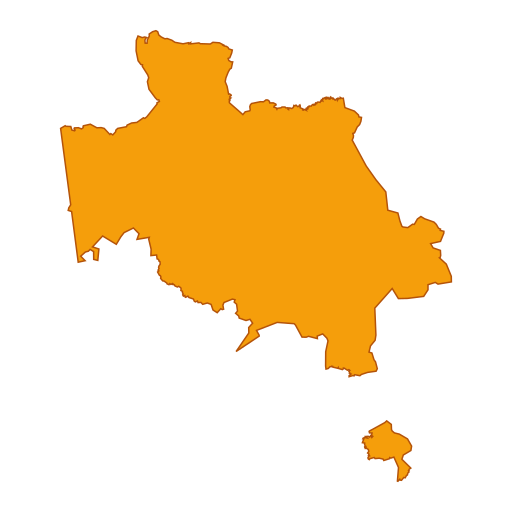 Lažas pag., Aizputes, Latvia
{"feature_id": "27541924B50720776256607", "entity_name": "Lažas pag.", "entity_type": "district", "adm_level": 2, "iso_a3": "LVA", "parent_name": "Latvia", "parent_adm1": "Aizputes", "projection": "orthographic", "projection_center": [21.55, 56.777], "detail": "fine", "context": "isolated", "style": "filled", "palette": "amber", "viewbox_px": 512, "rotation_deg": 0, "n_neighbors": 0, "source": "geoboundaries", "source_scale": "gbopen_adm2", "svg_char_len": 5998}
<svg xmlns="http://www.w3.org/2000/svg" viewBox="0 0 512 512"><path d="M60.6,128.4L70.7,204.8L68.8,207.8L68.2,210.4L71.6,211.5L78.2,262.2L85.1,260.7L80.7,256.2L85.4,252.0L88.4,251.2L90.1,249.4L93.6,251.6L93.7,259.4L97.8,260.4L98.9,249.0L92.5,246.9L102.6,236.0L116.3,244.3L120.9,236.7L124.1,232.6L133.4,228.0L139.0,233.7L137.0,239.4L149.3,237.3L148.7,239.1L151.1,249.2L150.9,255.6L156.6,255.0L157.1,258.9L158.1,259.2L159.0,260.4L158.9,261.0L160.0,261.7L160.2,264.2L158.9,266.1L158.6,267.5L159.0,268.4L158.1,270.1L158.2,270.8L158.7,271.0L157.6,272.0L159.5,275.4L160.4,275.6L160.9,277.0L160.6,278.4L162.7,280.9L164.1,281.1L166.8,283.0L167.0,283.8L169.0,284.7L169.8,283.6L170.8,284.4L172.6,283.5L173.1,284.0L172.8,284.5L174.4,284.8L174.9,285.9L177.4,287.0L178.7,286.3L180.7,287.7L181.1,288.7L180.9,290.5L182.4,291.3L182.5,292.8L183.2,294.0L182.7,294.8L183.4,296.1L184.8,295.5L185.1,297.0L185.6,297.3L187.9,296.1L188.9,297.5L193.4,299.0L194.3,301.2L195.4,301.9L197.4,301.0L198.1,302.6L200.9,302.4L202.7,304.3L207.3,303.0L211.1,304.4L213.0,310.0L217.2,312.7L220.8,308.7L222.2,309.6L223.6,309.2L222.9,305.1L224.0,302.5L232.4,299.1L235.0,299.7L234.2,302.1L236.6,304.2L237.5,311.1L235.6,313.3L238.7,316.0L239.2,318.1L246.0,320.5L250.0,319.3L252.6,323.2L248.7,327.5L248.8,333.0L236.1,351.5L259.2,336.1L259.1,335.1L256.5,330.4L277.2,322.4L294.2,323.7L295.5,325.1L302.0,337.1L306.2,337.2L308.5,336.3L317.4,338.6L317.2,336.1L322.7,333.9L326.9,338.2L328.0,340.9L325.7,351.7L325.6,366.1L326.0,369.1L328.2,368.5L330.0,366.7L331.4,366.7L331.7,366.2L332.7,366.4L332.8,367.1L337.8,368.3L338.3,367.5L338.6,368.5L342.4,369.6L343.5,368.7L343.4,368.1L344.1,368.1L347.4,370.2L348.9,369.6L349.8,370.4L348.9,371.3L349.7,372.7L349.4,373.2L351.0,374.0L349.1,375.6L349.1,376.7L353.1,375.5L354.0,375.9L354.7,374.7L359.9,375.7L361.5,374.4L367.6,372.4L376.1,371.2L377.3,368.7L375.5,361.8L374.0,359.8L371.9,353.0L369.0,352.1L370.5,345.9L375.1,340.3L375.9,335.1L374.8,308.1L392.2,288.5L398.4,298.6L407.5,298.4L423.7,296.4L428.0,289.8L428.0,284.7L435.3,282.4L438.0,284.1L451.4,281.9L451.3,276.3L446.3,264.1L439.4,257.8L440.2,257.4L440.7,255.4L440.4,250.4L433.1,247.9L430.6,243.6L440.5,241.4L443.8,233.2L443.9,231.3L440.2,230.4L440.5,229.1L438.5,228.2L436.3,224.4L434.0,222.1L424.7,218.8L420.9,216.5L417.4,219.0L414.3,224.4L412.6,224.2L407.8,227.6L403.0,227.0L401.9,226.3L399.9,220.9L397.9,213.0L387.8,210.2L385.8,191.9L375.8,179.6L366.2,166.0L352.2,140.1L353.3,137.5L353.5,135.7L352.8,133.4L354.5,132.9L357.2,127.0L359.6,124.6L360.9,121.3L361.5,117.4L358.9,116.9L358.5,115.0L354.4,111.1L344.9,107.6L343.3,98.2L341.9,98.4L340.2,97.4L340.1,98.6L338.6,98.5L337.7,99.9L337.7,98.3L336.3,99.0L335.8,100.1L334.9,100.0L333.3,98.3L332.9,98.9L332.2,97.9L331.3,98.2L330.7,96.9L330.1,97.4L330.2,98.4L329.6,98.4L329.7,99.1L328.2,98.7L328.5,98.0L328.1,97.5L326.9,98.4L327.1,97.4L326.7,97.2L325.8,97.4L326.2,98.2L325.7,98.8L325.1,97.8L324.1,97.9L323.7,98.8L322.7,98.5L322.3,99.8L322.6,100.7L321.5,100.0L321.5,101.1L320.6,101.0L320.1,102.4L317.9,102.0L317.0,102.5L316.8,103.3L315.6,102.9L315.3,103.8L315.6,104.5L314.8,105.0L314.4,104.4L313.6,105.0L313.4,104.4L312.4,104.6L311.3,106.1L309.2,106.0L309.2,106.7L308.0,106.8L308.1,107.3L306.6,108.1L307.9,108.5L307.7,109.1L306.2,109.2L305.8,109.6L306.2,110.3L304.4,109.5L303.2,110.2L302.7,109.9L303.0,109.0L300.1,107.7L300.3,106.0L299.9,104.9L299.3,105.3L299.5,106.0L297.7,106.7L296.0,105.1L295.0,105.9L293.9,105.4L293.3,107.5L291.8,108.5L289.7,107.9L288.6,108.7L288.6,109.6L288.0,109.3L288.0,107.8L285.9,107.9L285.0,107.0L282.0,107.0L281.0,107.8L277.3,108.3L276.9,109.2L276.2,107.9L273.9,107.1L274.2,106.1L276.1,104.9L275.8,104.1L273.4,102.9L269.7,102.9L269.4,101.3L267.8,100.0L266.0,99.9L263.5,101.8L260.4,101.7L251.6,103.5L250.4,104.8L249.8,106.6L250.2,109.9L249.8,110.8L245.2,111.8L242.9,114.6L229.5,102.9L229.2,101.8L229.9,100.5L229.3,100.0L229.8,99.5L229.4,99.1L230.8,98.0L229.9,97.7L229.9,96.4L231.2,95.5L230.9,94.7L229.5,93.9L228.6,94.1L227.1,86.4L225.2,81.7L225.9,77.9L228.2,72.1L229.8,69.2L231.3,68.2L232.7,61.9L231.0,61.8L228.8,60.5L228.1,58.4L229.8,57.8L231.7,53.0L232.3,50.0L228.8,48.9L228.1,47.5L226.5,46.4L224.2,45.9L223.1,45.3L223.6,45.0L219.4,42.8L212.9,42.3L210.3,44.0L200.3,43.7L199.0,42.9L190.3,43.9L190.6,42.6L188.7,43.7L188.6,42.7L183.0,43.8L174.9,42.3L171.8,40.2L167.1,38.5L164.9,38.8L161.3,37.0L158.8,35.0L157.7,31.7L155.9,30.7L152.6,31.7L149.2,34.0L149.3,36.1L147.3,39.8L147.1,43.2L145.2,43.2L144.9,40.7L145.2,39.2L146.6,37.5L144.7,37.0L142.2,37.6L138.0,36.0L136.3,40.4L136.1,50.9L138.1,60.8L140.9,64.5L142.5,64.8L142.3,66.3L147.8,75.0L148.7,77.7L147.4,81.7L149.0,89.3L155.3,97.8L157.3,99.9L158.8,99.8L159.4,101.4L156.9,102.9L157.1,104.0L146.8,116.8L144.8,118.4L143.4,117.8L136.9,122.4L131.6,123.0L127.1,125.1L126.5,126.7L117.7,128.4L115.9,130.1L115.6,131.8L112.8,134.9L110.8,133.6L109.9,134.5L104.2,128.4L101.2,127.6L96.9,127.8L90.3,124.2L83.4,125.8L83.1,126.2L83.2,127.7L81.5,128.9L78.4,127.7L74.4,127.9L74.1,128.7L75.1,130.1L74.6,130.8L71.9,130.1L70.8,126.5L65.9,126.3L65.2,125.7L60.6,128.4ZM392.2,431.0L391.5,429.6L391.3,424.4L386.7,420.9L384.8,422.6L369.3,431.1L369.1,431.6L369.5,432.9L372.0,433.0L371.6,435.5L372.8,436.3L371.8,437.5L370.7,435.6L369.6,437.1L368.2,436.3L365.6,436.5L367.1,438.0L364.9,437.5L363.2,438.1L362.9,438.7L363.9,438.7L362.4,442.7L364.7,443.1L364.6,444.5L365.2,445.9L364.6,446.9L364.8,447.5L365.9,446.7L366.1,447.3L365.7,448.4L366.5,448.3L368.3,449.5L368.8,451.4L367.6,453.0L368.9,454.0L368.7,454.5L369.5,455.7L368.4,455.8L368.6,456.9L367.9,457.9L368.4,459.1L369.3,459.6L369.8,458.7L374.2,457.5L375.1,458.6L379.2,458.2L383.1,459.1L383.8,460.5L389.5,458.7L389.7,457.6L390.9,458.1L393.9,457.1L398.5,467.5L397.4,481.1L397.9,481.3L399.8,479.2L400.2,480.1L401.5,480.3L403.8,477.5L405.2,477.8L406.5,475.4L407.4,475.0L407.8,473.0L408.9,472.1L408.5,470.7L409.0,470.6L408.8,470.3L409.1,469.3L410.8,468.1L401.9,459.3L403.3,455.0L410.9,450.5L411.6,446.1L407.5,438.9L399.3,434.1L394.4,432.9L392.2,431.0Z" fill="#f59e0b" stroke="#b45309" stroke-width="1.5"/></svg>